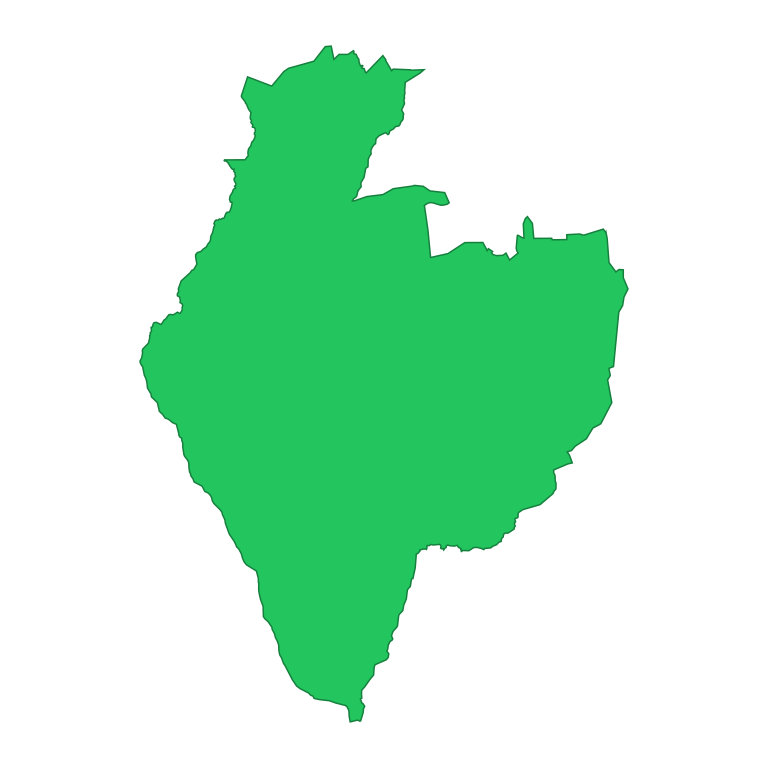 Mutare, Manicaland, Zimbabwe (Robinson projection)
{"feature_id": "62879985B35185654442710", "entity_name": "Mutare", "entity_type": "district", "adm_level": 2, "iso_a3": "ZWE", "parent_name": "Zimbabwe", "parent_adm1": "Manicaland", "projection": "robinson", "projection_center": [32.311, -19.249], "detail": "fine", "context": "isolated", "style": "filled", "palette": "green", "viewbox_px": 768, "rotation_deg": 0, "n_neighbors": 0, "source": "geoboundaries", "source_scale": "gbopen_adm2", "svg_char_len": 6089}
<svg xmlns="http://www.w3.org/2000/svg" viewBox="0 0 768 768"><path d="M350.2,721.9L356.7,720.3L358.4,720.3L359.9,721.2L360.7,720.8L363.2,712.4L363.5,708.7L364.7,706.3L363.1,703.8L361.6,702.7L361.4,701.3L360.4,699.5L360.5,698.8L361.8,698.2L361.5,693.8L361.7,690.2L364.6,687.0L370.1,679.2L373.6,675.0L374.2,667.1L374.8,665.1L376.4,664.1L386.4,659.7L388.2,657.4L388.8,653.8L386.8,651.0L387.7,649.2L388.3,645.0L390.1,641.4L391.9,640.4L392.7,639.2L392.7,638.6L391.5,636.1L392.2,633.5L393.1,631.3L396.8,627.2L397.5,625.8L398.7,615.4L399.5,614.1L402.8,610.6L403.8,604.9L406.3,599.1L407.4,590.0L408.5,588.3L410.3,586.6L411.4,579.6L412.1,578.5L412.9,578.6L415.2,568.0L416.3,554.2L418.0,553.3L420.0,550.9L419.7,550.1L422.8,549.1L425.7,549.0L426.4,549.4L426.9,548.2L427.0,545.6L429.3,545.6L430.8,544.5L433.1,545.0L439.6,544.4L440.7,545.4L441.0,546.5L440.6,548.1L441.5,548.8L442.8,548.5L443.7,550.0L444.7,548.4L446.1,547.5L446.3,545.8L447.8,545.1L450.2,545.8L454.7,546.1L457.0,545.3L458.6,547.4L460.8,548.4L460.7,549.4L461.2,549.7L460.9,549.6L461.4,551.5L461.8,551.4L462.0,550.5L468.9,550.7L473.7,547.6L476.9,547.4L480.9,548.3L483.8,549.6L484.6,548.5L490.7,547.9L492.7,546.3L496.7,544.6L498.7,542.4L501.2,541.4L501.3,539.6L502.0,538.0L503.2,537.0L503.6,534.3L505.6,532.9L507.1,533.2L508.5,532.8L514.2,529.0L514.1,527.6L515.3,526.1L514.7,525.0L514.5,522.8L515.6,521.8L514.8,519.0L515.3,518.5L517.1,518.0L518.0,517.2L518.1,513.8L518.6,512.5L522.9,509.6L540.1,504.6L552.9,493.7L554.1,491.1L555.8,489.2L556.0,487.5L556.0,483.0L555.2,481.0L555.1,476.2L554.7,474.5L553.8,473.3L553.6,470.0L567.6,464.0L572.3,462.9L569.3,454.9L567.2,451.9L571.5,450.5L575.1,446.3L586.4,438.8L592.8,428.1L600.8,423.8L611.8,402.6L607.6,379.8L610.3,375.6L608.9,368.4L613.5,366.6L618.8,312.1L622.6,305.6L624.0,297.0L628.0,289.0L623.3,277.8L623.3,269.8L619.0,269.5L615.9,271.9L609.0,262.6L607.2,238.6L606.0,232.4L605.9,232.7L603.3,229.1L583.7,235.2L579.7,234.0L566.8,234.7L566.8,239.6L552.2,239.8L551.7,238.3L533.8,238.4L532.4,223.4L527.4,216.6L525.3,218.6L523.3,223.9L524.0,238.0L522.9,238.0L517.8,235.2L517.3,235.6L516.2,248.2L516.8,250.9L518.1,253.0L509.6,260.0L506.0,253.1L502.9,255.3L496.2,255.6L493.0,254.6L491.5,252.8L492.6,251.5L488.4,248.7L487.2,250.6L482.9,242.5L464.8,242.6L448.0,253.6L430.6,257.5L427.9,229.8L424.4,205.4L428.0,203.1L430.7,202.6L432.7,202.8L440.6,205.2L442.9,205.2L447.0,204.3L449.2,202.8L444.7,192.6L430.0,190.9L423.2,186.3L414.4,185.4L412.8,186.0L393.3,188.7L382.9,194.6L366.8,196.6L353.9,201.0L352.4,200.8L353.6,198.7L356.1,196.9L356.8,195.9L358.0,190.5L358.4,190.6L358.9,189.5L361.1,186.9L360.9,182.8L364.0,177.5L365.7,168.6L366.3,167.9L368.0,166.8L368.2,159.4L369.6,156.1L371.1,154.1L370.9,150.4L372.2,147.3L374.3,144.4L375.5,143.8L376.1,138.7L379.2,135.7L384.9,132.9L386.2,132.9L387.7,134.5L388.4,134.4L389.0,133.7L389.6,131.5L390.2,130.7L393.4,129.0L395.5,126.6L398.8,126.0L399.9,124.6L401.0,121.8L402.3,120.5L403.2,118.7L403.2,115.8L403.7,113.8L401.6,110.0L404.5,103.7L403.9,99.9L404.5,98.3L404.3,95.7L404.9,93.4L404.7,90.6L405.3,82.3L420.0,73.1L424.0,69.7L411.2,70.2L410.5,69.8L393.2,69.1L391.6,70.7L385.7,60.6L385.8,59.8L382.9,55.6L366.2,72.9L365.3,72.0L364.1,68.5L362.0,68.3L361.9,67.3L362.8,65.8L362.1,65.4L360.9,66.1L360.3,65.4L359.1,62.3L358.8,59.2L357.3,57.2L356.2,54.4L353.8,53.6L353.9,51.2L353.4,50.7L348.0,54.4L339.1,54.4L333.9,59.4L331.2,46.1L325.3,46.6L313.9,61.2L288.5,68.3L283.8,71.6L271.7,86.1L247.6,76.9L241.3,96.1L242.1,97.8L245.1,101.6L245.4,102.9L246.5,104.3L248.5,109.1L250.9,112.5L250.2,118.0L250.7,119.4L251.5,120.3L250.9,122.6L252.9,124.9L252.3,126.8L252.6,127.3L254.4,127.5L255.1,129.0L255.4,131.7L254.4,132.9L254.4,134.2L255.1,135.1L255.1,136.5L253.6,140.3L251.8,142.2L250.7,146.0L248.5,149.0L247.9,152.3L248.2,155.7L245.0,159.8L224.5,159.9L224.2,160.6L224.9,161.1L226.0,160.8L227.9,162.7L231.3,168.1L232.6,169.4L234.1,169.2L233.8,171.4L235.1,172.9L235.0,174.6L235.7,176.1L234.0,178.9L234.3,180.6L236.0,184.0L235.7,185.3L234.5,186.2L235.5,187.5L235.5,188.1L234.3,188.6L233.1,190.0L232.4,192.3L230.1,196.0L229.5,199.2L230.4,202.1L231.7,202.0L232.1,203.2L231.2,207.6L230.0,210.9L229.2,212.1L227.0,212.3L225.9,213.4L224.2,217.8L223.7,218.3L222.4,218.3L220.9,219.4L219.4,219.0L217.7,220.3L216.2,220.0L215.1,220.8L213.9,223.7L214.7,224.9L214.6,225.6L213.8,227.0L212.7,232.3L210.8,236.4L210.5,239.9L209.8,241.7L207.7,244.3L206.5,246.8L203.2,249.1L200.7,251.6L197.4,252.5L196.3,253.8L195.7,254.7L195.6,256.8L196.9,264.2L193.7,269.6L191.8,270.4L190.0,272.9L181.2,280.9L178.4,288.6L178.6,291.7L177.4,293.8L177.3,295.2L177.6,296.0L178.9,296.4L179.7,297.5L180.3,300.3L180.0,302.6L181.9,303.7L182.7,305.3L182.1,307.7L182.2,310.0L180.3,313.2L179.7,313.4L177.5,312.2L173.2,314.9L170.2,314.4L168.7,314.9L165.7,319.0L164.1,320.0L161.2,324.5L156.1,322.3L154.0,322.7L153.1,324.1L152.6,326.6L151.1,327.4L151.5,331.2L150.2,332.9L150.3,334.7L149.7,335.4L149.6,338.4L148.4,343.2L142.8,349.0L142.3,350.8L142.6,353.0L141.6,358.1L140.1,360.9L140.0,361.9L140.8,364.0L142.7,367.0L144.3,375.1L145.9,378.5L146.9,382.3L147.5,388.1L151.0,394.0L151.4,396.8L157.4,402.7L159.4,411.4L162.6,414.4L165.2,418.1L168.3,419.1L172.7,422.7L176.4,424.3L178.9,434.2L178.9,435.4L180.2,437.4L181.6,438.0L181.8,440.2L182.9,443.9L182.7,446.4L183.9,454.5L184.5,456.1L187.7,460.3L188.7,462.5L189.0,468.2L189.6,472.0L189.9,472.0L191.1,476.2L193.1,479.0L194.1,482.0L202.1,486.2L204.8,491.4L208.3,493.1L210.5,495.5L211.7,497.9L212.3,500.8L213.9,503.5L220.1,509.7L222.0,512.3L222.4,514.4L224.9,519.9L225.4,523.3L229.3,534.1L234.1,541.2L236.4,545.9L236.5,546.7L238.8,549.0L241.3,553.7L242.5,558.1L244.2,562.0L246.7,565.0L256.4,571.0L258.3,578.2L258.4,582.5L258.7,582.6L258.7,590.2L259.2,593.5L260.5,599.3L263.1,606.3L263.4,616.7L265.0,618.9L268.2,621.8L271.8,627.1L272.2,629.4L274.4,633.5L275.4,637.4L277.5,641.5L278.7,645.2L278.9,650.8L279.8,655.0L281.5,657.8L283.6,663.6L285.0,665.5L292.4,679.8L296.7,686.1L300.2,688.7L308.4,692.9L310.8,695.3L313.0,696.1L314.1,698.4L319.5,699.6L329.2,700.7L336.1,703.1L345.6,705.5L347.3,707.2L348.9,710.7L349.2,716.6L350.2,721.9Z" fill="#22c55e" stroke="#15803d" stroke-width="1.5"/></svg>